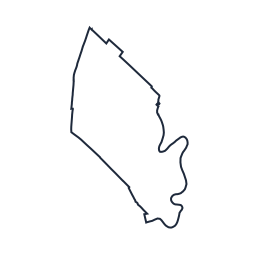 Maia, Ialomita, Romania, rotated 81°
{"feature_id": "2599482B2212352130600", "entity_name": "Maia", "entity_type": "district", "adm_level": 2, "iso_a3": "ROU", "parent_name": "Romania", "parent_adm1": "Ialomita", "projection": "robinson", "projection_center": [26.407, 44.741], "detail": "fine", "context": "isolated", "style": "outline", "palette": "slate", "viewbox_px": 256, "rotation_deg": 81, "n_neighbors": 0, "source": "geoboundaries", "source_scale": "gbopen_adm2", "svg_char_len": 3307}
<svg xmlns="http://www.w3.org/2000/svg" viewBox="0 0 256 256"><g transform="rotate(81 128 128)"><path d="M123.3,184.6L126.2,181.8L129.6,178.4L132.2,176.1L133.1,175.4L138.5,171.2L142.6,167.9L152.5,160.2L152.8,160.2L153.6,159.7L159.6,155.4L166.0,150.9L168.3,149.2L170.9,147.3L174.6,144.7L179.4,141.3L179.4,141.2L186.6,136.0L187.3,136.7L192.6,135.0L195.6,134.0L196.3,133.7L197.9,133.2L199.4,132.7L200.5,132.2L202.0,132.1L202.9,131.0L203.9,130.3L205.2,130.2L207.3,128.3L209.1,127.0L211.3,125.6L215.6,122.5L215.7,125.4L224.2,124.8L224.1,124.4L223.7,121.1L223.5,118.6L222.7,116.0L222.3,114.3L222.0,113.0L222.2,112.4L222.7,110.7L224.1,109.5L225.9,108.5L227.6,107.6L229.0,106.8L230.4,105.8L231.3,104.8L232.4,103.5L232.5,103.1L232.9,102.0L233.1,101.0L233.0,100.0L232.7,98.9L232.0,97.1L231.3,96.2L230.4,95.3L228.9,94.2L226.8,93.1L224.5,92.1L222.6,91.3L221.2,90.8L219.9,90.4L218.9,89.5L218.0,88.7L217.5,88.0L216.6,87.3L215.5,86.7L214.4,86.8L213.3,87.2L212.4,87.9L212.0,88.9L211.6,90.3L211.1,92.1L210.9,93.1L210.4,94.1L209.6,95.0L208.6,95.7L207.6,96.3L206.1,96.7L204.9,96.6L204.0,96.4L202.8,95.5L202.0,94.7L201.2,93.2L201.0,92.1L200.9,90.9L201.1,89.4L200.9,87.4L200.6,86.0L199.7,84.5L199.4,83.8L197.5,81.5L195.8,80.5L192.5,79.0L188.8,78.9L182.0,80.0L177.8,81.1L174.6,81.7L170.2,81.6L165.9,80.8L164.1,79.8L161.6,78.3L160.3,77.3L159.2,76.1L156.6,73.7L154.6,72.5L153.4,71.7L151.7,71.4L149.8,71.4L148.4,71.7L147.6,72.1L146.4,72.8L145.3,74.2L145.1,74.8L145.1,75.9L145.5,77.6L146.5,79.5L148.0,82.5L148.9,83.7L149.6,84.9L150.2,86.0L150.9,87.5L151.6,88.8L152.6,90.2L153.1,90.8L154.6,92.5L155.6,93.9L156.4,95.2L156.8,97.5L156.8,98.4L156.7,99.4L156.4,100.2L155.6,100.6L154.8,100.8L153.1,100.7L151.6,100.2L150.6,99.7L148.9,98.5L147.1,97.1L143.5,95.3L140.7,94.0L139.2,93.6L138.1,93.3L135.5,93.1L132.2,93.0L130.8,93.1L127.6,93.6L125.7,94.0L123.4,94.7L122.4,95.1L120.1,95.8L119.4,95.9L119.4,96.3L117.6,96.7L117.4,96.8L115.2,96.5L113.2,95.6L112.3,95.1L111.9,94.9L111.5,94.6L109.4,96.2L108.8,95.6L109.1,94.5L109.4,93.6L108.8,93.1L107.9,93.6L107.2,94.3L106.3,93.8L105.0,93.6L104.6,93.5L103.4,92.9L102.4,92.4L101.5,92.0L101.0,91.9L100.7,92.0L100.2,92.3L96.5,95.2L95.8,95.7L95.0,96.3L93.5,97.3L92.1,98.3L91.8,98.6L91.2,98.2L90.6,98.0L65.8,117.1L59.8,121.8L55.8,125.0L52.0,121.3L37.6,133.0L41.1,136.2L32.9,142.4L32.4,142.8L29.4,145.1L26.3,147.5L25.3,148.3L25.2,148.3L25.3,148.4L24.0,149.3L23.4,149.9L22.9,150.2L24.7,151.3L26.0,152.0L28.1,153.1L30.4,154.3L33.0,155.6L33.5,155.9L34.1,156.2L34.7,156.5L35.2,156.8L35.8,157.1L36.6,157.6L37.1,157.9L37.5,158.1L38.0,158.4L38.7,158.8L39.4,159.2L39.5,159.3L40.2,159.7L40.6,159.9L40.7,160.0L41.3,160.2L41.4,160.3L42.7,160.9L43.7,161.4L44.6,161.8L45.4,162.2L46.0,162.6L46.7,162.9L47.8,163.5L48.4,163.8L49.2,164.2L50.6,164.9L52.1,165.7L52.4,165.9L53.3,166.3L54.0,166.7L54.6,167.0L55.3,167.4L55.9,167.7L56.3,167.9L57.0,168.2L58.0,168.5L59.9,169.4L61.8,170.5L62.6,171.0L65.2,172.3L66.8,173.0L67.0,173.1L68.5,173.5L69.0,173.6L69.6,173.8L72.0,174.1L71.9,174.2L72.4,174.3L73.7,174.4L77.0,175.1L84.8,177.1L86.8,177.5L88.1,177.9L88.9,178.1L89.6,178.3L90.4,178.5L91.8,178.8L92.5,179.0L93.9,179.4L95.4,179.7L99.5,180.8L100.1,181.0L100.1,180.4L100.2,179.9L100.3,179.5L100.7,179.5L102.4,180.1L106.1,181.1L108.0,181.5L117.7,183.8L120.4,184.3L123.3,184.6Z" fill="none" stroke="#1e293b" stroke-width="2"/></g></svg>